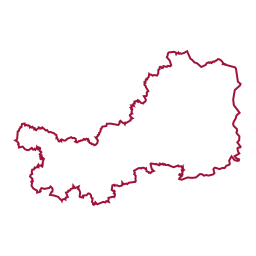 Arteaga, Michoacán, Mexico
{"feature_id": "50627088B17645051575060", "entity_name": "Arteaga", "entity_type": "district", "adm_level": 2, "iso_a3": "MEX", "parent_name": "Mexico", "parent_adm1": "Michoacán", "projection": "robinson", "projection_center": [-102.407, 18.388], "detail": "fine", "context": "isolated", "style": "outline", "palette": "rose", "viewbox_px": 256, "rotation_deg": 0, "n_neighbors": 0, "source": "geoboundaries", "source_scale": "gbopen_adm2", "svg_char_len": 5808}
<svg xmlns="http://www.w3.org/2000/svg" viewBox="0 0 256 256"><path d="M240.6,84.0L237.9,81.7L236.0,68.9L235.2,67.4L226.4,65.0L225.1,64.1L224.8,64.6L224.1,64.1L222.8,64.2L223.1,62.9L221.4,60.7L219.3,59.3L218.0,59.1L216.4,60.6L215.5,60.7L214.3,61.8L213.2,61.5L211.6,63.0L210.9,62.2L209.9,62.9L209.1,62.9L208.7,62.3L207.8,62.6L206.6,63.3L205.7,64.9L201.3,67.0L197.1,63.3L194.3,62.3L192.1,59.8L190.4,58.7L187.1,51.2L183.7,53.1L181.0,53.8L180.2,53.3L179.2,53.8L178.4,52.5L177.7,53.3L176.5,53.2L176.2,53.8L175.8,52.5L174.1,51.8L168.7,52.5L167.9,53.5L167.6,55.7L166.8,57.1L169.7,60.6L171.2,65.3L170.2,66.3L167.9,65.8L166.8,66.9L163.4,66.1L163.0,67.7L161.9,68.1L160.8,66.8L160.0,66.9L159.5,67.7L159.5,69.3L158.3,70.0L158.3,73.1L157.2,75.5L153.8,75.1L152.6,75.7L151.4,74.7L149.8,74.7L149.2,74.0L148.6,77.2L147.5,78.1L147.3,79.1L146.7,79.0L146.9,79.6L145.7,80.0L145.4,82.7L144.5,82.3L144.5,85.0L145.7,86.0L145.8,87.0L148.3,91.1L146.7,92.5L146.9,94.8L146.5,96.0L143.9,96.2L145.8,99.4L145.7,100.7L145.3,101.6L144.5,101.8L143.1,103.5L140.9,102.8L138.8,100.7L138.4,101.5L137.6,100.6L137.3,101.5L136.5,101.0L135.3,101.3L134.7,102.4L135.1,103.0L134.6,102.6L134.7,103.4L133.9,103.3L133.2,104.2L133.6,105.3L132.9,104.8L132.6,105.3L131.4,105.4L132.2,106.3L131.5,106.6L131.6,107.4L130.9,107.6L131.3,107.9L131.2,108.7L132.0,108.5L132.3,109.1L131.5,112.2L132.2,113.6L131.1,113.9L130.4,115.0L129.3,114.7L130.3,115.6L130.4,116.6L132.6,118.3L130.5,119.3L130.6,120.4L126.2,122.9L125.5,122.6L124.9,124.2L124.3,123.1L123.3,123.2L120.4,120.8L119.4,122.0L119.7,123.1L118.3,125.0L110.5,123.6L106.8,123.8L106.3,126.0L102.3,126.7L101.6,127.7L101.5,128.7L100.7,129.1L100.5,131.3L99.9,132.5L99.1,132.9L99.1,134.4L98.3,135.3L97.8,135.2L97.6,136.4L96.6,137.0L96.7,137.7L95.8,137.6L97.9,140.4L97.2,143.2L95.6,144.8L94.2,145.2L93.5,144.3L91.7,144.2L91.5,143.4L89.9,143.0L89.1,142.1L89.1,141.3L88.1,140.9L88.6,140.1L88.1,139.2L87.8,139.5L86.6,138.7L85.5,139.3L84.4,139.1L84.7,139.7L83.4,139.6L81.8,140.6L80.8,140.4L79.9,141.1L79.0,141.0L77.6,142.3L76.3,142.3L75.3,141.6L76.1,141.2L75.7,138.8L74.1,137.9L72.4,138.1L71.3,137.2L67.3,138.8L65.5,140.5L63.8,140.5L61.9,139.5L61.4,140.2L60.9,140.0L61.0,140.7L60.6,140.3L60.4,141.0L59.2,141.5L58.6,141.1L57.3,138.3L56.4,138.3L56.7,136.9L56.3,134.8L55.4,134.6L54.1,133.3L50.5,132.0L48.7,132.2L47.0,130.0L45.9,130.5L42.3,127.4L41.8,128.3L40.6,128.6L40.7,128.2L38.7,127.4L38.5,128.2L36.7,129.4L36.3,130.2L35.4,129.9L34.8,128.5L34.2,128.9L34.2,128.0L33.1,127.8L32.5,126.8L31.4,127.5L30.4,126.6L29.8,127.2L29.5,125.9L28.5,125.3L27.6,125.6L26.4,124.9L25.1,125.5L24.6,123.5L22.0,124.0L21.4,127.1L20.4,127.1L20.1,128.3L19.1,129.4L18.9,130.9L17.7,131.5L17.2,138.6L16.6,140.0L15.4,140.4L17.6,141.9L18.5,143.2L18.7,143.8L18.1,144.3L18.7,145.2L18.9,147.5L22.7,146.6L24.9,149.1L26.8,150.0L28.6,150.1L31.8,147.9L32.8,149.5L33.6,149.7L34.6,148.8L35.4,149.8L36.7,148.2L37.0,146.8L37.5,147.5L38.2,147.4L38.2,148.8L39.5,147.8L40.1,148.1L40.2,148.8L39.5,149.5L39.5,150.8L41.1,151.6L41.4,152.3L39.8,154.2L41.3,155.1L40.2,155.8L40.1,156.5L40.5,157.0L41.9,156.8L42.2,157.5L41.7,158.2L40.5,158.1L40.4,158.7L41.2,159.3L43.3,158.2L43.9,158.8L42.8,161.7L42.8,163.4L42.2,164.3L42.7,164.9L42.3,166.6L40.6,165.5L39.0,165.9L38.4,164.6L37.7,165.5L38.3,167.3L36.4,167.1L35.4,168.0L34.6,167.6L33.9,169.5L32.2,169.7L31.7,172.0L32.3,173.9L30.7,174.8L30.0,176.5L32.5,178.8L32.1,180.0L32.9,181.0L32.6,181.6L31.4,181.8L32.0,183.4L31.5,185.6L33.4,188.6L37.1,190.6L37.1,192.6L39.9,191.9L39.9,191.3L40.6,191.1L40.2,190.0L41.5,188.1L44.5,188.9L49.4,187.9L50.5,186.5L52.4,188.3L52.6,189.7L52.4,191.6L51.3,192.2L50.0,194.9L54.1,195.5L58.2,196.9L60.8,199.8L61.7,199.7L62.0,200.6L62.3,199.7L63.4,199.2L64.5,199.0L65.5,199.6L65.7,197.6L67.8,197.0L66.0,192.6L67.9,192.0L68.6,191.2L68.4,190.7L70.2,190.3L70.8,188.9L73.1,188.3L73.3,185.7L75.1,188.1L78.7,186.5L78.0,188.9L79.0,189.4L80.2,192.4L79.6,196.3L80.0,197.0L83.1,197.6L83.2,197.1L82.5,196.7L83.1,195.5L86.4,195.3L88.3,193.4L89.8,193.8L91.0,195.3L91.2,197.2L92.0,198.3L92.6,198.4L92.0,201.9L93.5,203.7L93.1,204.4L93.7,204.8L95.6,203.7L95.0,203.1L95.3,202.2L97.3,204.3L103.2,201.9L105.4,202.4L106.3,201.1L108.8,201.9L108.2,200.6L108.7,198.7L108.5,197.8L113.3,196.7L114.1,197.1L114.7,196.2L115.0,194.1L113.8,193.3L114.7,191.6L114.1,190.6L113.0,190.9L111.7,189.9L112.4,185.4L114.3,184.7L114.9,185.1L114.9,185.7L116.9,185.3L119.3,186.3L122.3,185.3L122.3,182.6L123.5,184.2L126.6,183.6L127.2,184.1L129.0,182.7L135.3,181.9L135.8,180.5L135.4,179.8L135.7,175.7L134.2,174.1L134.9,172.9L134.0,170.8L138.7,168.1L140.6,168.1L141.1,168.5L141.9,167.9L143.9,167.8L145.1,168.7L146.0,168.3L146.5,171.2L148.5,172.0L148.8,172.7L149.6,172.5L150.4,173.1L151.7,171.8L153.7,171.0L152.5,170.3L152.6,169.6L151.8,169.1L150.5,164.0L151.1,163.4L155.8,164.3L156.2,163.9L159.0,165.3L159.6,165.1L159.7,163.6L162.1,164.4L162.7,163.7L163.7,164.1L163.9,164.6L164.7,164.1L165.5,165.0L168.7,164.9L169.1,165.5L173.7,167.2L178.2,165.5L178.7,166.4L181.3,166.3L182.0,167.7L182.8,166.6L183.1,168.9L183.8,169.8L183.1,169.9L182.8,171.2L182.2,170.0L181.8,170.1L182.5,172.2L182.1,173.5L182.4,174.3L181.3,174.7L179.8,174.1L179.3,174.8L181.8,176.0L179.4,178.1L179.2,179.1L181.8,179.7L187.5,177.5L192.3,177.9L196.0,177.4L199.9,174.1L201.6,174.1L204.2,175.7L206.1,175.0L208.5,175.6L213.4,174.3L214.4,173.1L213.4,169.3L214.4,167.9L215.2,167.7L219.5,169.1L222.6,167.9L224.6,168.1L226.3,165.8L229.3,164.7L229.8,163.9L229.2,160.5L231.5,156.4L234.6,160.2L237.4,160.9L238.9,160.5L239.1,159.4L236.1,158.1L234.6,156.2L239.3,153.5L238.1,151.7L237.4,148.4L238.1,147.7L240.3,147.4L240.6,146.7L237.3,142.4L239.2,140.1L239.4,136.3L236.6,133.1L236.4,132.4L237.2,130.8L236.8,129.0L233.6,125.8L233.1,124.1L233.7,121.8L235.6,118.6L236.6,115.3L239.6,112.8L233.8,105.1L233.2,99.5L234.8,90.0L239.8,85.7L240.6,84.0Z" fill="none" stroke="#9f1239" stroke-width="2"/></svg>